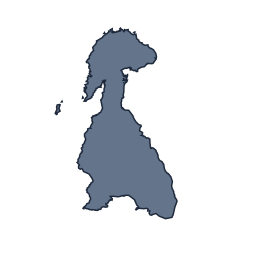 outline of Banggai, Sulawesi Tengah, Indonesia, rotated 292°
{"feature_id": "22746128B48169474795911", "entity_name": "Banggai", "entity_type": "district", "adm_level": 2, "iso_a3": "IDN", "parent_name": "Indonesia", "parent_adm1": "Sulawesi Tengah", "projection": "natural_earth1", "projection_center": [122.763, -1.049], "detail": "fine", "context": "isolated", "style": "filled", "palette": "slate", "viewbox_px": 256, "rotation_deg": 292, "n_neighbors": 0, "source": "geoboundaries", "source_scale": "gbopen_adm2", "svg_char_len": 5820}
<svg xmlns="http://www.w3.org/2000/svg" viewBox="0 0 256 256"><g transform="rotate(292 128 128)"><path d="M61.6,202.2L64.7,202.3L72.0,201.1L78.4,200.9L79.5,200.1L82.0,196.7L83.1,196.6L84.7,194.8L85.9,194.4L88.8,191.3L91.0,190.0L95.0,189.2L98.7,186.1L100.8,182.5L100.6,181.4L101.4,180.5L101.7,179.2L103.8,177.1L107.8,174.5L107.7,174.1L107.8,174.4L109.6,172.0L109.6,170.2L110.2,168.8L111.9,167.0L114.3,165.8L115.7,164.2L115.5,163.9L115.8,164.2L116.8,162.8L117.7,162.4L118.9,158.9L118.6,157.6L117.9,157.3L117.7,156.6L122.2,154.0L126.0,152.3L126.3,150.4L125.6,148.5L126.4,146.7L126.5,145.0L125.9,146.1L126.4,144.7L126.2,143.1L127.2,143.9L129.3,143.1L129.6,140.3L130.1,139.6L132.6,139.1L134.5,139.6L135.3,139.1L135.2,136.6L136.8,132.8L139.2,129.6L141.2,127.9L144.7,122.0L143.4,118.2L144.8,115.3L144.7,114.9L143.9,115.7L144.1,114.8L144.5,114.8L146.0,113.3L147.1,113.2L148.4,112.2L150.8,112.0L151.6,111.4L153.0,111.4L154.1,112.3L154.7,112.4L154.6,112.0L155.1,112.3L156.9,111.1L159.5,110.7L165.5,108.5L167.7,108.4L168.2,107.6L168.4,108.6L170.4,109.6L172.2,109.5L171.9,108.7L170.8,108.0L171.1,107.7L170.6,106.7L170.9,106.5L170.7,106.0L171.3,106.3L172.4,104.7L171.8,105.6L171.8,107.7L172.3,108.1L172.5,107.4L172.4,108.2L172.8,108.4L174.3,108.0L174.5,106.5L175.0,106.1L175.7,106.7L176.0,106.1L175.6,105.4L175.0,105.8L174.3,105.4L174.3,104.7L175.5,104.1L175.3,103.7L176.3,103.5L176.6,102.5L177.8,101.7L178.9,100.0L182.1,102.6L182.9,104.5L184.6,106.4L184.1,107.0L184.3,108.0L184.9,107.6L184.8,108.6L184.1,108.6L183.8,107.9L182.7,108.4L183.5,109.9L183.3,111.9L184.3,113.3L183.5,114.3L183.7,115.4L184.2,115.7L185.5,115.0L186.7,115.3L189.4,117.7L191.1,120.3L194.6,121.5L194.3,121.7L195.4,122.6L196.7,126.3L197.6,127.1L202.5,128.2L202.8,127.7L202.8,128.2L205.0,127.6L207.6,125.8L210.0,122.4L210.5,119.7L210.3,118.4L210.7,117.2L211.5,115.9L212.5,115.4L211.0,112.5L211.3,110.0L211.6,109.3L212.2,109.2L211.9,107.1L212.7,105.3L213.4,105.1L214.0,102.6L216.7,101.0L216.9,100.3L217.8,100.3L217.5,99.7L217.8,99.0L216.4,97.8L216.7,95.3L217.5,94.2L218.1,91.5L219.3,91.3L217.8,88.7L217.9,88.1L216.5,88.5L215.8,88.1L216.9,86.6L217.2,84.5L217.8,83.6L216.8,83.2L215.6,84.7L215.2,84.6L214.8,84.1L215.2,84.1L215.0,83.4L213.3,82.1L213.0,81.4L212.4,81.8L213.0,81.4L212.4,81.2L211.7,79.6L211.4,79.8L212.1,79.1L212.0,78.2L211.4,78.9L211.2,78.2L210.7,78.3L210.7,78.0L211.1,78.1L210.9,77.2L214.1,76.2L212.2,74.6L211.1,75.1L210.5,74.7L210.5,74.0L210.1,74.3L207.6,73.2L207.1,72.4L203.5,70.5L202.5,70.5L197.3,66.6L197.3,67.6L197.2,66.5L194.1,66.8L189.6,65.1L186.8,67.0L186.8,67.9L186.8,67.0L183.9,65.8L181.8,65.6L181.7,66.6L181.8,65.6L180.3,65.2L177.7,66.1L177.4,65.4L174.0,64.5L173.2,65.0L173.6,66.3L173.1,67.5L173.4,67.9L173.0,67.5L172.4,68.5L171.4,68.7L171.1,69.8L171.1,69.0L170.5,68.6L169.0,69.3L168.3,70.7L166.9,71.4L166.4,72.2L166.0,71.3L165.5,71.8L163.9,71.6L163.2,73.4L162.6,73.5L162.7,74.9L162.2,74.9L162.1,74.1L161.5,74.1L161.4,72.6L160.8,72.7L162.4,71.5L160.8,71.9L159.4,71.5L158.5,72.6L155.6,72.1L155.9,72.7L155.6,73.6L154.1,74.2L152.1,72.0L151.7,73.1L151.7,72.6L150.8,72.9L150.3,74.3L149.7,74.6L148.8,74.5L148.7,73.9L148.0,73.6L147.0,74.2L147.5,73.0L145.7,73.6L145.1,74.5L145.0,75.9L142.8,78.2L141.4,78.2L140.1,77.5L136.4,77.3L137.2,79.1L139.0,79.5L141.1,81.9L142.8,82.9L143.1,82.4L145.4,83.3L147.1,82.7L148.6,83.5L150.4,83.4L150.6,83.9L152.8,83.7L153.0,84.4L154.8,85.1L155.5,87.3L155.7,86.8L155.9,87.2L156.9,86.7L157.1,87.3L160.3,87.0L161.0,87.7L161.9,86.9L162.1,87.6L163.3,87.9L163.7,89.0L163.2,88.9L163.2,89.3L160.4,89.0L159.5,90.4L159.0,90.0L158.2,90.9L155.1,91.2L152.9,92.1L152.1,92.2L151.4,91.1L150.7,91.0L149.2,92.3L147.4,92.8L145.1,92.8L143.9,92.2L136.8,97.0L132.0,96.7L131.3,95.7L129.8,95.3L127.9,94.0L128.6,93.9L126.2,91.4L125.9,91.7L125.3,91.3L126.5,90.9L124.5,90.8L124.0,90.3L122.2,91.8L121.1,91.9L120.1,93.2L115.5,92.7L114.2,92.9L113.8,93.5L113.4,92.4L112.1,91.0L111.0,91.5L109.8,91.3L106.3,89.9L104.0,90.8L102.9,92.2L101.2,93.1L98.3,92.9L97.7,93.3L95.1,92.2L93.3,93.2L91.8,92.3L89.5,94.4L88.6,94.5L88.2,93.8L87.3,94.1L86.4,93.5L84.2,93.5L83.1,94.0L80.1,93.4L78.3,94.3L77.0,93.7L75.5,96.9L74.2,96.4L72.3,97.2L71.9,99.2L73.1,100.3L72.6,101.4L71.0,103.1L70.8,109.0L67.8,113.6L66.1,115.2L64.9,115.6L63.0,114.2L61.6,114.4L60.9,113.7L60.2,114.1L59.2,113.5L58.6,113.8L57.0,112.6L55.8,113.2L54.9,112.7L53.7,114.1L53.1,114.0L52.5,116.0L51.8,117.1L50.2,117.9L49.4,119.2L47.8,120.0L45.7,119.6L44.2,120.1L42.4,118.2L40.6,118.1L38.9,117.2L38.1,117.4L37.6,119.4L38.1,121.4L37.9,123.1L38.5,124.1L38.4,125.2L39.4,126.7L39.5,128.6L39.9,128.7L39.8,129.7L40.5,131.0L41.4,130.9L42.0,132.6L42.8,133.3L44.0,133.1L45.2,133.9L46.0,135.1L46.1,136.7L47.3,138.5L48.4,138.2L48.9,137.0L48.6,136.4L49.4,136.0L49.4,136.5L50.6,137.0L51.0,137.6L53.0,137.6L54.0,138.5L54.7,138.3L54.7,138.9L55.2,138.9L55.1,140.2L56.5,140.0L57.9,137.2L59.2,139.9L60.5,144.6L63.7,149.1L63.2,149.3L63.5,150.1L64.9,151.1L65.8,154.1L64.0,160.8L59.8,165.1L58.8,167.4L58.2,167.4L57.0,165.9L55.2,165.8L55.2,166.3L57.6,167.9L59.1,172.9L60.5,175.4L60.4,176.9L58.5,177.3L59.3,179.2L57.0,179.4L55.8,180.9L56.0,182.6L57.4,183.6L59.2,186.1L58.0,189.8L58.0,196.8L61.6,202.2ZM122.8,53.7L120.5,54.0L118.8,55.1L114.4,55.0L113.7,56.5L114.4,57.1L115.3,56.4L118.2,58.7L120.5,56.6L124.1,56.4L124.2,55.8L122.8,53.7ZM37.3,117.4L37.6,116.5L36.5,116.5L36.6,117.4L37.3,117.4ZM139.0,75.3L139.7,74.8L139.9,74.4L138.5,74.7L139.0,75.3ZM175.9,108.1L174.6,107.9L174.5,108.1L175.9,108.1ZM207.1,70.9L207.6,70.5L206.8,70.3L207.1,70.9ZM127.6,57.2L128.1,56.8L127.3,56.6L127.6,57.2ZM155.7,72.1L155.6,71.2L155.4,72.0L155.7,72.1ZM219.5,98.5L219.3,97.9L218.8,97.7L219.0,98.4L219.5,98.5ZM149.2,72.9L149.0,72.4L148.4,72.9L148.7,73.0L149.2,72.9ZM177.2,107.4L176.9,107.2L177.1,107.5L176.0,107.7L176.8,107.9L177.2,107.4ZM175.4,107.5L175.8,107.5L175.2,107.0L175.4,107.5Z" fill="#64748b" stroke="#1e293b" stroke-width="1.5"/></g></svg>